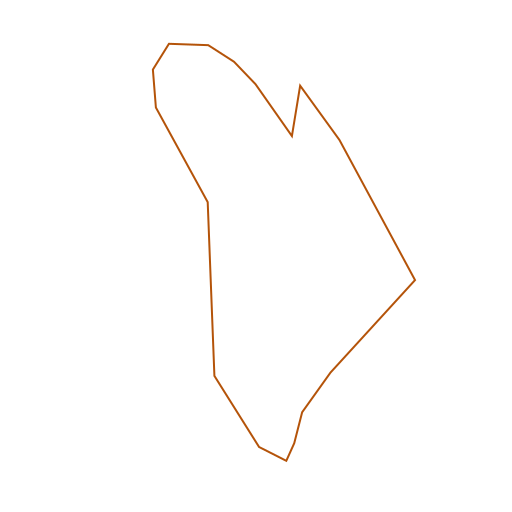 the border of Neutral Zone, rotated 19°
{"feature_id": "ARE-347", "entity_name": "Neutral Zone", "entity_type": "Emirate", "adm_level": 1, "iso_a3": "ARE", "parent_name": "United Arab Emirates", "parent_adm1": "", "projection": "mercator", "projection_center": [56.031, 24.808], "detail": "fine", "context": "isolated", "style": "outline", "palette": "amber", "viewbox_px": 512, "rotation_deg": 19, "n_neighbors": 0, "source": "natural_earth", "source_scale": "10m", "svg_char_len": 387}
<svg xmlns="http://www.w3.org/2000/svg" viewBox="0 0 512 512"><g transform="rotate(19 256 256)"><path d="M250.9,130.9L242.3,80.6L297.1,119.1L414.2,227.0L364.4,341.9L350.5,388.7L353.1,420.6L351.4,439.1L351.3,439.8L321.1,435.6L255.7,382.9L192.8,220.8L113.0,148.2L97.8,113.3L104.6,83.7L142.2,72.2L172.0,79.5L199.6,93.7L250.9,130.9Z" fill="none" stroke="#b45309" stroke-width="2"/></g></svg>